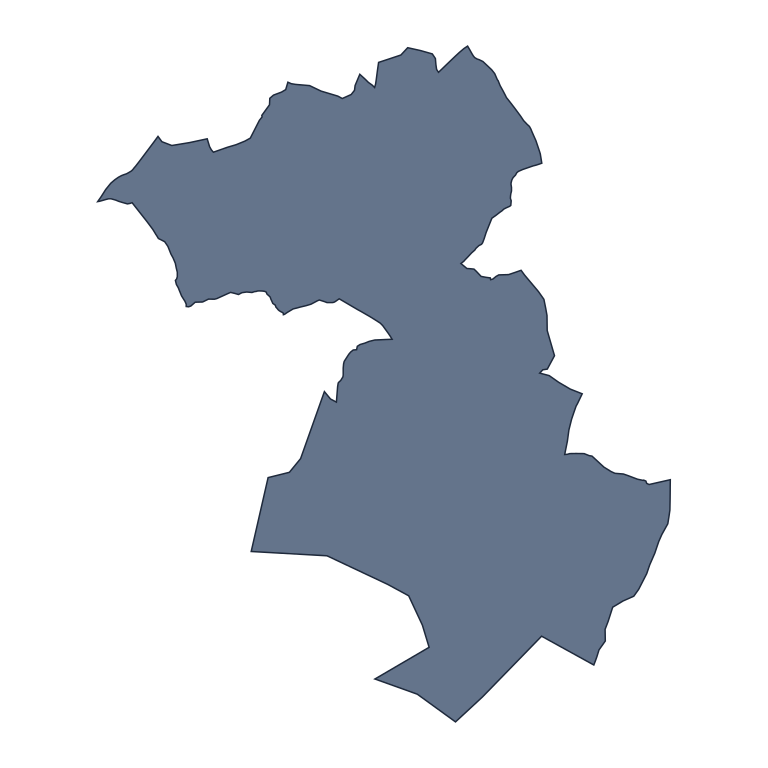 the district of Aboh-Mbaise, Imo, Nigeria
{"feature_id": "59680162B96723309662383", "entity_name": "Aboh-Mbaise", "entity_type": "district", "adm_level": 2, "iso_a3": "NGA", "parent_name": "Nigeria", "parent_adm1": "Imo", "projection": "orthographic", "projection_center": [7.239, 5.423], "detail": "fine", "context": "isolated", "style": "filled", "palette": "slate", "viewbox_px": 768, "rotation_deg": 0, "n_neighbors": 0, "source": "geoboundaries", "source_scale": "gbopen_adm2", "svg_char_len": 4455}
<svg xmlns="http://www.w3.org/2000/svg" viewBox="0 0 768 768"><path d="M287.9,82.2L285.7,89.6L281.5,92.1L273.5,95.1L269.8,98.3L269.5,104.8L261.8,115.4L262.1,116.9L259.4,120.3L250.3,138.1L244.9,141.1L236.1,144.7L227.3,147.3L213.4,152.2L211.4,149.9L209.6,146.7L207.2,138.8L189.5,142.6L171.8,145.5L161.9,141.7L158.0,136.4L153.6,142.4L139.7,160.9L135.6,166.2L134.1,167.9L132.9,169.5L131.5,170.9L129.2,172.3L126.5,173.8L123.8,174.7L121.5,175.6L118.5,177.2L114.9,179.7L110.8,183.2L105.7,189.5L101.2,196.6L97.7,201.6L99.5,201.3L102.4,200.5L105.8,199.5L108.6,198.8L111.1,198.8L115.7,200.1L118.6,201.3L122.5,202.5L125.0,203.2L127.4,203.9L130.1,203.4L132.1,202.7L146.9,221.5L152.8,229.4L154.9,232.8L155.7,234.2L156.6,235.5L158.4,238.5L164.7,241.7L167.9,246.4L171.0,254.2L173.0,257.8L175.3,263.2L176.3,268.2L177.3,272.2L177.3,276.7L176.6,279.0L175.4,280.4L176.4,284.5L178.3,287.8L179.3,290.4L180.3,292.8L181.5,295.8L183.6,299.2L184.9,301.2L186.2,304.1L186.2,306.5L188.6,306.8L190.9,306.0L195.2,302.2L202.6,302.0L208.5,299.1L214.5,299.2L216.8,298.6L227.6,293.7L230.6,292.4L234.7,293.4L238.5,294.5L241.9,292.7L246.7,292.0L252.0,292.5L254.6,291.6L256.0,291.5L257.6,291.0L259.1,290.9L261.6,291.0L263.1,291.1L264.8,291.4L266.3,292.2L266.8,293.8L267.4,294.5L268.6,295.5L270.2,297.1L270.9,299.2L271.9,301.3L272.8,303.4L275.3,305.2L275.9,307.1L277.0,308.3L278.2,309.8L279.1,310.6L280.8,311.7L282.3,312.4L283.3,313.2L283.4,314.7L284.6,314.3L287.0,312.6L290.0,310.8L293.2,308.9L295.3,308.4L297.7,307.8L300.1,307.1L306.0,305.7L311.0,304.2L314.6,302.3L317.4,300.8L319.3,300.0L322.5,301.0L324.7,301.7L327.0,302.6L329.0,302.6L332.4,302.6L333.9,302.3L335.4,301.5L337.2,300.2L339.2,298.8L357.6,309.6L360.7,311.3L369.9,316.6L374.9,319.7L380.2,323.1L382.7,325.6L388.2,333.2L390.3,336.3L392.1,339.3L385.8,339.5L379.6,339.8L374.8,340.0L369.1,341.4L364.9,343.1L360.1,344.5L357.3,346.3L356.6,349.7L353.2,350.0L350.7,352.0L348.9,354.1L346.7,357.5L344.2,361.4L343.6,363.8L343.2,368.1L343.2,368.5L343.2,370.2L343.2,373.5L343.2,375.1L342.9,376.9L340.7,380.5L339.1,381.9L338.2,383.0L337.6,386.7L336.4,402.1L330.5,399.0L324.4,391.6L300.6,458.6L289.4,472.3L268.1,477.6L251.2,551.5L327.0,555.8L387.7,584.4L408.7,595.8L422.4,625.2L429.1,647.3L374.9,679.0L417.3,694.2L455.5,721.9L482.4,697.0L541.6,636.2L593.8,665.0L595.4,660.9L596.9,656.7L599.0,649.9L605.3,641.0L605.1,629.3L608.1,621.5L612.7,607.2L623.0,601.0L633.8,596.2L638.7,589.3L642.7,581.5L646.7,573.7L649.7,564.9L654.8,553.2L657.5,545.2L658.7,541.7L658.8,541.4L661.2,536.0L661.8,534.6L667.8,523.8L668.9,517.0L669.9,510.1L670.1,499.3L670.2,490.1L670.2,487.6L670.3,479.7L649.1,484.5L646.7,483.4L645.9,481.1L643.7,480.1L643.2,480.4L637.5,479.2L628.0,475.6L623.4,474.0L614.9,473.3L611.0,471.5L603.9,467.1L600.1,463.6L592.0,456.1L589.1,455.6L584.1,453.6L576.1,453.5L569.7,453.6L567.4,454.3L564.7,454.5L567.4,441.1L568.9,430.0L571.6,419.2L573.8,412.7L576.1,406.1L577.5,403.6L582.2,393.8L570.3,389.1L558.7,382.3L549.2,375.6L539.7,373.1L542.8,369.8L547.3,369.1L554.5,355.7L547.2,330.5L547.0,315.5L545.7,308.2L543.9,299.3L538.4,291.5L524.6,275.1L521.1,270.3L515.1,272.4L508.6,274.6L498.8,274.9L496.1,276.4L492.8,279.1L490.6,279.7L490.3,277.9L485.9,277.3L481.1,276.4L476.4,271.4L474.0,269.1L470.1,268.7L466.9,268.5L460.9,263.5L463.8,261.3L464.9,260.0L467.8,257.0L471.6,252.9L474.8,250.1L475.9,248.4L478.9,245.6L481.5,244.3L482.6,242.8L484.2,238.6L486.1,232.6L488.9,225.6L491.9,218.2L496.0,215.3L499.7,212.4L502.0,210.8L503.8,209.1L506.3,207.8L509.7,206.3L510.8,205.4L511.2,200.8L510.4,198.3L510.5,196.2L510.8,193.8L511.5,191.0L511.5,187.4L511.0,184.2L511.1,182.8L511.9,179.8L513.1,177.6L515.5,175.1L516.8,172.7L518.4,171.4L522.7,169.5L528.2,167.6L533.1,165.9L535.9,165.2L539.0,164.2L541.8,163.2L540.3,153.9L539.3,150.7L535.9,140.6L533.7,135.7L531.7,131.1L530.9,129.1L529.4,126.4L526.9,124.1L523.6,120.6L520.6,116.1L514.3,107.6L509.9,101.9L506.4,97.5L505.4,95.4L503.1,91.0L500.1,85.6L498.1,80.6L497.4,79.8L494.7,73.6L491.7,69.8L487.7,66.0L482.9,61.5L479.0,59.6L477.3,59.1L474.7,57.6L473.3,55.9L471.9,53.6L469.9,50.0L467.6,46.1L464.0,48.5L459.4,52.4L455.3,56.2L448.7,62.5L440.6,70.3L438.5,72.3L436.6,69.4L435.9,64.5L435.4,58.5L432.3,53.9L420.3,50.5L407.7,47.7L400.9,55.0L389.8,58.7L378.6,62.4L377.5,70.0L376.2,80.0L375.6,84.0L374.6,87.5L372.2,85.1L368.4,82.4L365.4,79.4L359.8,74.3L355.1,85.5L354.5,90.3L351.2,94.5L342.3,98.5L337.8,96.1L321.1,91.1L309.6,85.6L295.6,84.4L291.3,83.7L287.9,82.2Z" fill="#64748b" stroke="#1e293b" stroke-width="1.5"/></svg>